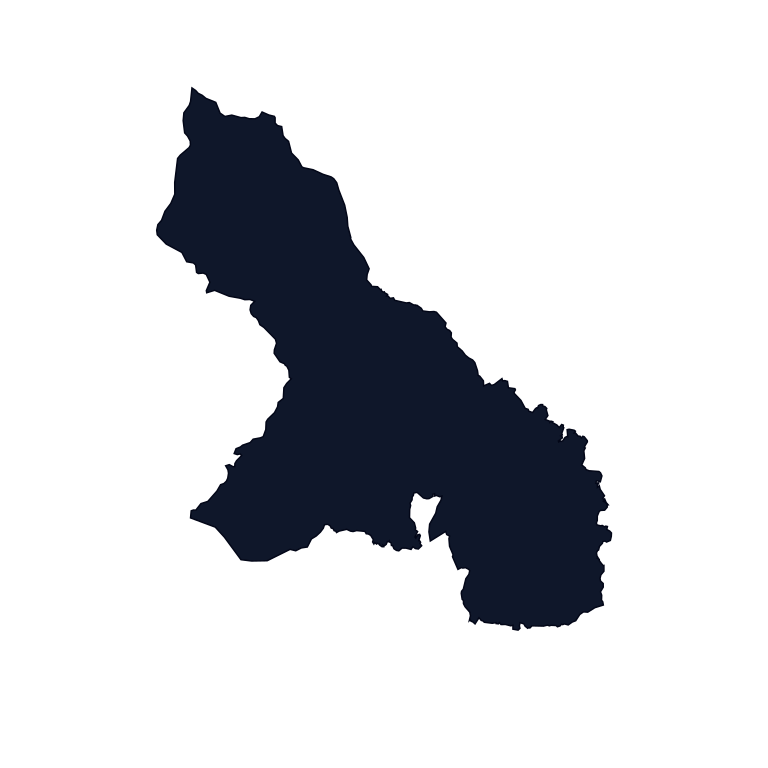 Lapus, Maramures, Romania (Equal Earth projection), rotated 290°
{"feature_id": "2599482B74882735092857", "entity_name": "Lapus", "entity_type": "district", "adm_level": 2, "iso_a3": "ROU", "parent_name": "Romania", "parent_adm1": "Maramures", "projection": "equal_earth", "projection_center": [24.024, 47.535], "detail": "fine", "context": "isolated", "style": "filled", "palette": "ink", "viewbox_px": 768, "rotation_deg": 290, "n_neighbors": 0, "source": "geoboundaries", "source_scale": "gbopen_adm2", "svg_char_len": 6171}
<svg xmlns="http://www.w3.org/2000/svg" viewBox="0 0 768 768"><g transform="rotate(290 384 384)"><path d="M400.3,594.4L402.9,590.2L402.9,588.7L400.8,587.9L402.0,586.1L401.4,584.3L403.6,580.5L403.1,579.5L405.1,580.0L405.6,578.5L404.8,573.4L403.7,571.7L397.3,574.7L397.3,573.9L395.7,572.4L391.6,571.4L390.6,570.0L390.9,569.2L389.3,568.0L390.1,567.3L394.4,570.0L395.4,569.4L395.7,567.9L397.1,569.0L398.5,567.9L404.4,567.9L404.8,567.1L406.7,566.6L406.7,564.8L403.0,563.5L404.6,560.5L405.4,555.3L406.3,555.5L406.2,553.6L405.1,553.0L405.7,552.9L405.8,547.6L410.4,548.8L415.3,545.3L416.7,545.3L417.8,543.0L417.7,540.6L418.9,540.1L418.3,538.3L416.6,536.6L413.9,536.5L413.8,535.5L412.5,534.7L408.0,533.4L408.0,529.3L409.5,528.1L409.4,525.0L415.4,518.3L419.6,509.8L420.7,509.0L423.4,509.5L424.4,508.6L423.0,502.2L428.7,499.1L428.5,496.3L427.5,494.5L429.4,493.0L421.2,487.8L419.4,485.5L420.7,482.9L416.3,478.3L421.0,476.3L424.1,471.3L424.3,469.5L428.5,467.3L435.2,462.0L436.9,459.0L437.5,454.6L438.9,450.6L441.8,446.2L444.1,440.1L447.4,438.6L449.4,433.1L451.0,431.0L455.1,429.8L456.7,427.4L457.0,424.4L458.7,421.8L462.5,421.4L469.4,408.7L469.2,406.2L467.4,402.1L465.9,395.5L467.9,393.1L469.3,387.9L468.5,387.0L469.0,386.3L468.4,385.0L469.2,380.0L467.8,377.3L466.3,365.5L468.2,363.4L466.6,360.5L468.2,357.3L467.7,356.4L469.4,356.7L470.0,353.3L470.7,352.8L470.2,352.1L470.4,350.2L472.0,348.9L471.5,348.1L473.2,344.7L471.5,338.9L472.8,337.9L475.9,332.1L481.2,330.7L487.2,330.6L495.9,321.8L504.4,308.1L508.9,303.0L510.3,302.7L519.9,296.0L528.0,292.4L538.6,285.9L550.8,275.2L556.9,270.8L559.7,266.6L560.5,263.6L560.2,254.9L561.1,244.1L559.7,234.4L560.0,232.5L565.2,226.8L569.4,218.1L579.4,211.3L580.9,207.1L582.9,204.2L590.9,199.8L590.4,195.6L592.0,192.4L597.0,190.6L598.0,189.4L597.4,183.8L597.9,176.4L592.5,175.4L589.1,172.1L587.2,166.8L586.9,162.0L585.4,158.5L584.6,149.0L581.0,143.0L582.5,137.3L591.1,129.6L591.5,118.9L593.1,114.5L593.6,110.0L595.4,106.6L596.5,102.3L583.4,105.6L579.2,105.7L570.4,103.2L562.8,105.2L551.8,110.8L549.8,114.6L546.1,118.8L542.3,120.4L539.5,120.0L529.4,114.3L525.4,112.9L501.8,118.4L490.8,122.5L480.7,121.9L471.5,119.1L461.7,119.0L456.5,117.0L450.8,117.8L446.7,119.9L441.0,131.5L438.5,149.1L431.4,156.8L432.6,163.5L431.4,166.3L424.8,169.7L424.3,171.7L426.4,176.1L426.2,179.5L420.1,185.6L411.0,185.1L409.1,186.2L414.1,192.8L413.5,208.4L415.5,219.9L415.6,224.3L417.6,229.2L417.5,234.2L412.4,231.9L407.9,232.8L404.7,235.2L402.9,238.4L402.7,241.3L400.6,244.3L397.3,247.1L396.1,251.8L389.0,266.6L385.5,269.1L378.6,269.3L375.3,270.3L369.3,278.7L369.0,283.6L367.9,284.7L367.5,286.6L364.4,289.9L357.9,292.8L357.2,295.1L351.3,292.4L346.3,291.2L336.0,294.3L330.5,290.9L326.2,291.8L319.6,290.9L311.2,286.8L308.0,286.2L300.8,288.5L293.2,288.5L291.1,286.2L287.4,279.9L283.2,278.3L278.1,272.0L275.7,270.6L272.6,267.1L267.4,267.0L267.5,270.3L269.1,272.8L268.1,274.7L261.5,271.7L258.3,271.1L255.3,272.0L254.7,270.2L255.3,266.2L253.0,263.2L250.0,266.7L247.0,268.4L242.0,269.4L238.7,269.1L235.7,267.6L233.5,264.9L226.2,263.6L213.4,258.6L209.0,252.9L201.1,250.3L200.4,248.0L198.9,246.2L192.0,248.0L191.8,274.4L185.5,286.4L170.0,309.7L172.4,320.1L178.0,334.7L196.5,352.3L197.1,358.1L201.7,362.4L204.6,367.7L213.6,368.8L218.0,372.3L223.1,374.9L227.7,376.3L231.4,376.2L232.4,378.0L232.9,379.4L232.3,382.0L230.6,383.7L230.8,385.5L229.1,387.3L229.2,389.1L228.2,390.2L230.4,392.1L234.7,398.7L234.3,402.9L234.8,405.4L236.9,408.4L239.0,416.5L237.2,418.5L237.7,420.6L237.2,423.3L234.1,427.2L231.7,427.3L230.2,429.2L231.8,429.4L231.1,431.7L232.1,432.0L231.8,433.5L232.4,434.3L231.2,434.9L230.4,437.8L231.0,439.3L232.1,438.4L231.8,439.5L234.1,440.9L237.7,441.0L237.0,441.3L237.3,442.0L238.4,442.6L237.4,443.1L237.3,444.9L234.8,446.2L235.1,447.4L232.6,449.7L231.9,452.6L232.3,455.0L236.0,457.1L237.3,460.8L237.8,466.0L241.0,466.8L240.1,469.7L240.7,472.7L244.9,474.7L246.4,472.4L247.8,472.5L249.0,470.9L248.7,470.2L253.9,470.0L254.9,468.9L253.8,467.3L250.0,466.6L250.8,465.3L256.9,466.0L257.7,463.2L259.5,463.0L263.9,460.0L267.1,453.7L275.0,451.0L278.9,450.6L280.9,449.2L284.7,450.0L287.6,449.1L289.2,449.7L291.8,449.3L293.5,452.2L290.4,460.0L290.8,463.5L291.7,465.5L294.9,468.2L297.2,467.6L298.2,469.1L295.9,469.7L297.2,471.4L297.1,475.0L298.4,476.7L294.3,477.3L286.8,476.0L280.3,476.8L267.9,474.8L260.4,476.8L252.3,481.2L266.6,492.4L264.0,494.4L263.5,497.7L260.9,497.9L253.9,501.1L247.1,507.4L245.2,507.4L244.1,508.4L235.1,516.9L237.9,519.4L238.0,521.0L239.3,523.4L238.8,527.1L237.9,528.4L234.2,528.9L229.1,527.5L218.3,528.7L215.8,527.8L213.7,528.2L208.4,531.1L207.7,532.7L204.8,533.8L202.4,536.4L198.9,542.7L195.8,544.5L190.9,545.1L191.9,545.6L190.9,546.8L190.8,548.9L189.7,551.6L196.9,553.2L195.1,556.2L195.2,558.1L194.4,559.7L196.2,567.6L198.1,570.9L197.2,571.3L197.8,573.6L199.3,574.0L198.0,576.2L199.6,580.4L200.1,585.8L201.4,587.7L197.7,589.0L198.6,594.2L200.9,595.3L203.1,593.9L206.3,593.5L206.4,597.5L204.7,599.4L203.6,602.6L204.7,603.5L204.6,604.5L207.4,605.8L211.1,616.8L213.3,620.0L213.3,622.1L214.4,623.5L215.9,628.3L215.2,630.0L216.9,632.2L219.0,632.9L219.0,634.2L220.3,635.7L220.6,639.5L224.8,642.4L227.1,645.1L234.4,646.8L238.1,649.4L239.3,653.5L245.9,658.6L251.3,665.7L254.1,664.1L255.3,662.3L260.0,660.8L262.7,658.5L268.1,659.5L271.5,658.2L272.9,654.9L275.2,653.5L278.8,653.1L283.3,654.7L288.7,652.7L288.3,652.1L289.7,649.7L291.6,646.8L292.9,646.2L293.3,644.0L293.9,644.6L295.3,642.9L298.0,641.4L300.4,641.6L301.4,642.4L305.0,642.0L309.0,643.7L310.9,643.5L312.0,645.4L311.6,647.2L314.4,650.2L318.6,649.7L321.8,648.7L323.0,646.4L323.5,643.1L326.5,642.7L326.3,641.0L325.3,640.3L325.7,637.3L324.9,636.4L324.4,632.5L325.9,631.1L328.7,631.1L332.9,629.6L338.0,629.8L339.3,630.8L340.9,634.5L344.7,635.9L346.5,635.0L347.1,636.0L348.6,633.3L351.5,630.6L351.2,630.1L348.3,632.5L348.9,630.1L350.2,630.7L351.4,628.6L354.4,629.4L358.9,623.2L362.0,621.1L359.9,619.9L362.7,618.8L363.5,619.8L364.5,619.5L363.3,616.9L365.3,616.7L366.0,617.5L366.1,620.7L372.2,620.2L374.6,617.8L375.3,615.9L372.6,606.4L372.7,603.1L374.1,601.8L375.6,597.5L382.6,598.0L389.6,594.6L392.7,595.0L392.9,594.0L394.8,594.0L399.2,594.9L400.3,594.4Z" fill="#0f172a" stroke="#020617" stroke-width="1.5"/></g></svg>